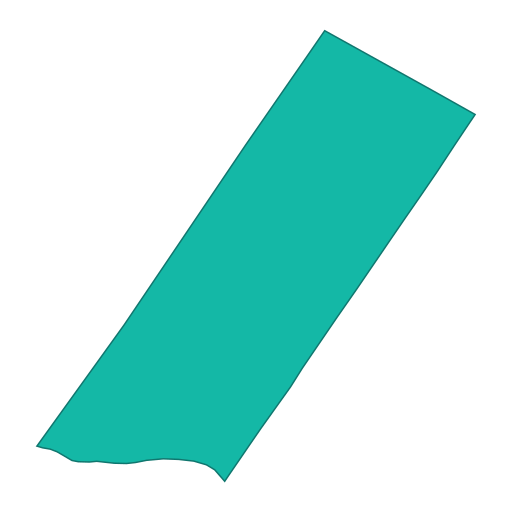 outline of Videle, Teleorman, Romania
{"feature_id": "2599482B29791980403734", "entity_name": "Videle", "entity_type": "district", "adm_level": 2, "iso_a3": "ROU", "parent_name": "Romania", "parent_adm1": "Teleorman", "projection": "natural_earth1", "projection_center": [25.476, 44.223], "detail": "fine", "context": "isolated", "style": "filled", "palette": "teal", "viewbox_px": 512, "rotation_deg": 0, "n_neighbors": 0, "source": "geoboundaries", "source_scale": "gbopen_adm2", "svg_char_len": 696}
<svg xmlns="http://www.w3.org/2000/svg" viewBox="0 0 512 512"><path d="M224.7,481.3L228.4,475.8L244.3,452.6L248.8,446.0L260.9,428.4L274.1,409.9L290.6,386.8L302.3,368.2L315.8,348.4L337.1,317.2L345.9,304.6L356.7,289.1L370.4,269.0L380.1,254.8L389.7,240.7L405.1,218.2L421.4,194.7L437.4,171.3L440.6,166.4L454.6,145.1L464.9,129.7L470.0,122.1L474.4,115.6L475.1,114.5L431.9,90.2L324.7,30.7L307.6,55.5L245.5,145.2L124.0,325.1L88.1,375.0L36.9,446.1L42.6,447.8L50.1,449.1L57.1,451.8L72.0,460.5L78.2,461.7L89.4,462.0L96.7,461.3L114.2,463.2L126.4,463.5L135.5,462.5L146.6,460.3L163.3,458.8L178.7,459.4L193.8,461.1L206.4,464.8L214.7,469.8L224.7,481.3Z" fill="#14b8a6" stroke="#0f766e" stroke-width="1.5"/></svg>